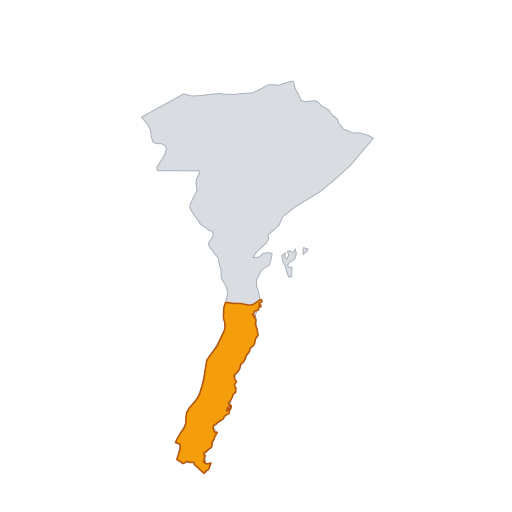 Eritrea, with Debubawi Keyih Bahri highlighted, rotated 66°
{"feature_id": "ERI-1565", "entity_name": "Debubawi Keyih Bahri", "entity_type": "Region", "adm_level": 1, "iso_a3": "ERI", "parent_name": "Eritrea", "parent_adm1": "", "projection": "albers", "projection_center": [41.929, 13.658], "detail": "fine", "context": "in_parent", "style": "filled", "palette": "amber", "viewbox_px": 512, "rotation_deg": 66, "n_neighbors": 0, "source": "natural_earth", "source_scale": "10m", "svg_char_len": 5812}
<svg xmlns="http://www.w3.org/2000/svg" viewBox="0 0 512 512"><g transform="rotate(66 256 256)"><path d="M82.6,304.1L81.2,288.3L80.3,277.7L79.4,266.5L78.5,256.0L83.7,249.6L86.1,243.5L92.5,223.7L95.0,219.8L99.9,209.2L100.7,206.2L105.6,192.8L105.3,183.8L104.6,174.8L107.2,169.5L109.5,165.3L109.5,161.6L110.7,153.2L111.4,151.2L114.2,151.1L119.8,152.3L124.0,151.5L128.8,151.6L132.5,151.4L134.8,148.9L138.0,139.1L139.9,137.2L141.4,136.6L145.7,134.9L149.4,132.1L152.4,130.1L153.5,129.7L156.6,129.5L159.8,128.3L161.2,127.0L165.2,125.9L169.0,126.6L171.6,125.4L173.4,124.7L175.3,124.7L177.2,123.5L177.9,121.8L179.1,120.7L182.2,118.2L183.6,116.4L184.2,114.5L184.8,113.1L186.2,110.6L191.5,104.4L196.1,100.8L211.5,132.6L217.7,151.4L223.2,171.0L227.1,200.3L230.9,215.3L237.4,222.7L241.7,236.7L245.5,237.3L248.2,241.2L252.8,254.3L256.2,259.2L258.0,255.0L257.9,252.6L256.5,248.6L257.8,243.4L260.5,240.3L266.5,244.6L269.8,247.8L270.6,254.2L272.0,257.8L278.3,265.4L283.6,267.7L290.6,268.3L296.4,270.0L301.1,272.8L309.8,280.5L329.7,287.3L345.8,307.9L355.2,322.3L386.5,343.9L391.9,354.3L394.7,364.5L401.3,364.0L412.6,375.1L416.0,383.5L425.2,386.5L426.8,381.5L431.3,385.6L433.1,392.0L427.2,394.5L420.7,396.8L419.7,396.7L417.6,399.7L414.5,407.7L411.1,410.0L409.3,410.3L399.1,402.8L397.5,402.4L395.3,403.8L393.7,405.4L388.9,399.7L385.5,394.7L380.6,388.7L375.9,386.0L370.9,382.6L365.9,374.7L360.9,366.1L353.4,359.0L339.5,348.7L326.7,335.7L317.0,322.2L310.7,315.1L308.0,313.3L295.0,308.8L286.0,302.5L279.0,297.4L274.7,296.0L270.6,295.8L261.7,296.7L254.3,293.5L251.3,293.4L246.3,292.5L242.5,291.3L237.9,292.6L228.5,294.8L224.7,294.2L222.7,291.0L221.5,288.6L218.2,286.0L215.6,286.0L214.0,288.2L204.2,293.8L187.9,296.8L184.0,296.5L181.1,294.2L173.0,284.2L170.7,282.6L168.8,282.4L165.0,281.2L161.5,279.2L158.4,275.2L155.3,272.8L151.8,280.7L145.6,294.3L142.3,301.6L138.1,311.1L136.8,311.3L134.7,310.6L126.7,298.6L121.7,294.1L117.9,294.4L115.0,296.6L113.2,300.5L111.2,302.9L109.2,303.8L104.7,303.2L97.9,301.2L90.9,301.5L83.5,304.0L82.6,304.1ZM275.3,228.0L277.4,231.0L278.9,230.7L280.1,229.7L281.0,227.7L289.3,231.8L288.8,234.5L283.8,234.6L278.1,233.4L272.8,233.8L266.5,232.6L265.0,228.0L269.0,230.2L271.1,229.7L271.5,229.1L268.7,226.0L264.6,225.3L264.9,222.9L266.8,221.9L267.9,220.7L265.6,217.4L270.1,218.2L273.0,220.2L274.8,222.6L275.3,228.0ZM272.0,206.9L273.7,212.2L268.6,210.1L267.7,209.0L270.0,206.9L270.5,205.6L272.0,206.9Z" fill="#d9dde1" stroke="#a8b0b8" stroke-width="1"/><path d="M433.2,392.0L421.6,397.1L421.0,397.1L420.4,396.6L419.9,396.5L419.0,397.3L417.8,400.3L415.5,402.5L415.6,404.2L416.1,405.9L415.8,407.4L415.2,407.7L413.6,408.0L413.1,408.5L412.4,409.6L410.7,410.1L409.8,411.2L401.3,403.7L398.9,402.6L397.4,402.2L396.5,402.4L393.7,405.4L391.2,402.7L386.8,396.7L383.3,390.8L380.8,388.6L377.8,386.9L374.7,385.6L370.6,382.9L367.8,379.0L363.6,370.0L361.9,367.1L360.1,364.7L358.0,362.6L354.0,359.2L348.4,354.5L339.2,348.6L332.0,343.9L330.4,342.3L326.6,335.6L322.5,328.2L316.9,321.8L311.4,315.4L308.2,313.1L304.6,311.7L299.8,311.0L298.3,310.5L292.7,307.7L289.6,306.1L286.0,302.7L286.6,301.7L290.4,295.3L293.1,289.4L297.9,282.7L298.7,280.6L299.0,278.6L298.8,276.4L297.8,271.1L297.7,269.4L297.8,269.0L298.2,268.8L298.6,268.8L299.6,268.9L300.1,269.1L300.3,269.7L300.5,271.8L300.7,272.3L302.2,272.9L302.0,272.0L302.4,271.7L303.9,271.8L304.2,272.0L304.4,272.5L304.1,272.8L303.3,272.5L303.0,272.9L305.5,275.6L305.7,275.4L306.0,275.5L306.2,275.9L306.3,276.3L306.2,277.8L305.8,279.1L305.8,279.7L306.2,280.4L307.6,281.4L308.0,282.0L308.0,283.1L308.6,282.7L309.1,282.5L309.6,282.5L310.2,282.7L310.2,281.6L311.4,282.2L314.3,282.0L315.8,282.9L317.4,284.1L318.9,284.5L322.5,284.7L328.6,286.1L329.3,286.4L329.9,287.2L330.7,289.2L331.4,290.1L333.8,291.8L335.4,292.9L336.6,294.5L337.4,296.4L337.7,298.4L338.2,299.3L339.0,299.8L339.9,300.2L340.3,300.7L340.5,301.1L341.5,302.3L342.2,304.5L343.3,305.8L345.8,308.0L347.2,309.6L347.6,310.4L348.0,311.4L348.4,313.2L348.6,313.8L349.1,314.4L349.8,315.0L351.5,316.0L352.5,316.8L353.3,317.8L355.2,321.5L355.7,323.8L356.2,324.6L359.6,325.6L360.3,325.7L362.0,325.0L362.7,324.9L363.1,325.2L364.1,327.0L365.0,327.9L365.4,328.1L366.1,328.3L366.7,328.3L367.9,328.0L368.3,327.9L369.2,328.3L371.1,329.5L371.8,329.8L372.4,330.2L372.7,331.2L372.8,332.4L373.1,333.2L375.3,334.9L375.6,335.6L375.8,335.6L377.1,337.3L377.4,338.1L377.6,338.1L378.0,338.3L378.4,339.1L378.7,340.3L379.1,340.9L379.6,341.0L380.3,340.8L380.8,340.4L381.1,340.5L381.3,340.8L382.2,341.5L382.5,341.8L382.7,342.3L383.0,343.6L383.3,344.0L384.5,345.0L384.9,345.8L385.3,345.8L385.7,345.4L385.6,345.2L385.4,345.0L384.6,344.0L384.4,343.7L384.1,343.5L384.0,343.3L384.0,342.9L384.9,342.9L385.1,342.9L385.1,341.5L384.4,340.8L383.5,340.4L382.3,340.3L381.9,340.2L382.1,339.8L382.6,339.6L383.3,339.6L385.1,341.0L387.0,343.7L387.8,344.0L388.8,344.6L389.1,346.0L389.1,348.2L389.7,350.0L390.2,350.9L390.8,351.2L391.3,351.8L391.7,353.2L392.5,359.5L393.3,360.9L393.6,363.5L393.5,363.8L395.3,364.9L396.4,365.2L398.9,365.5L399.9,365.3L400.5,364.8L400.9,364.0L401.2,363.2L401.9,363.4L402.1,363.7L402.1,364.2L402.3,364.7L402.6,365.0L403.0,365.2L403.3,365.5L403.4,366.0L403.8,366.7L406.5,369.0L408.4,372.1L409.1,372.6L410.2,372.7L411.0,373.1L411.8,373.7L412.4,374.3L412.8,375.1L413.3,378.2L414.2,380.2L414.4,381.2L414.6,382.7L414.8,383.6L415.2,384.2L415.9,384.4L416.6,384.2L417.3,383.8L418.1,383.5L418.8,384.9L419.9,385.8L421.3,386.3L423.2,386.4L423.0,386.7L422.5,387.5L423.0,387.6L423.4,387.4L424.0,387.1L423.9,387.1L424.9,386.4L425.1,386.4L425.7,385.7L426.2,384.9L426.3,384.4L426.3,384.0L426.4,383.7L426.9,383.4L426.6,382.9L426.5,382.3L426.6,381.9L426.9,381.5L428.4,382.7L429.2,383.4L429.5,383.9L429.7,384.5L430.3,385.0L430.9,385.4L431.5,385.8L431.9,386.5L431.9,388.2L432.1,389.0L433.5,391.6L433.2,392.0Z" fill="#f59e0b" stroke="#b45309" stroke-width="1.5"/></g></svg>